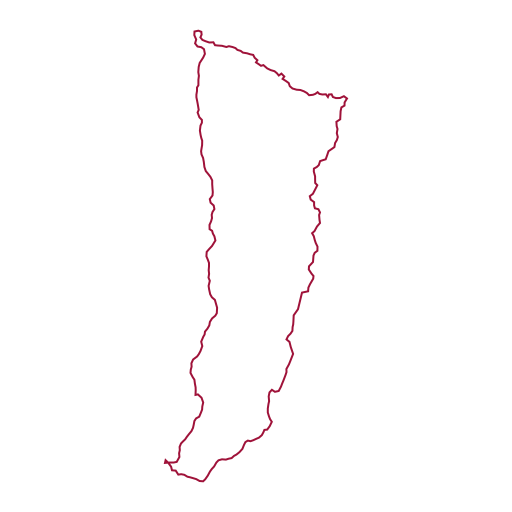 Junqueirópolis, São Paulo, Brazil (Albers equal-area conic projection)
{"feature_id": "56859067B37779616182498", "entity_name": "Junqueirópolis", "entity_type": "district", "adm_level": 2, "iso_a3": "BRA", "parent_name": "Brazil", "parent_adm1": "São Paulo", "projection": "albers", "projection_center": [-51.444, -21.463], "detail": "fine", "context": "isolated", "style": "outline", "palette": "rose", "viewbox_px": 512, "rotation_deg": 0, "n_neighbors": 0, "source": "geoboundaries", "source_scale": "gbopen_adm2", "svg_char_len": 3902}
<svg xmlns="http://www.w3.org/2000/svg" viewBox="0 0 512 512"><path d="M168.1,462.6L171.1,466.7L172.0,470.3L175.7,470.6L178.3,474.6L181.2,474.2L184.3,474.8L187.4,476.7L190.1,477.3L192.9,478.1L196.2,479.1L199.6,481.0L203.1,481.3L205.2,479.3L207.8,475.6L210.0,471.5L211.8,469.0L214.1,466.5L216.4,462.5L218.5,460.3L222.0,459.3L225.9,459.6L228.7,458.7L231.6,458.1L234.0,455.9L236.4,454.6L239.4,452.2L242.4,448.9L244.0,444.9L245.4,442.1L247.8,440.6L250.5,441.2L253.3,440.2L256.5,438.7L258.9,437.7L261.8,435.2L263.3,432.5L264.4,429.9L267.2,429.6L269.7,426.2L271.8,421.8L270.1,419.2L269.0,416.4L267.8,412.5L267.8,408.5L268.5,403.8L269.1,401.2L268.7,396.4L269.5,392.4L271.9,389.8L274.9,391.8L278.7,391.0L281.0,386.6L282.1,383.7L283.4,380.6L285.5,375.1L286.5,372.1L286.4,369.0L288.9,364.5L290.2,361.3L293.1,353.9L290.7,346.8L289.5,341.9L286.5,339.4L288.1,336.1L290.5,333.7L292.4,330.9L292.6,327.1L293.2,324.4L293.4,321.6L293.7,315.3L298.0,309.2L302.0,292.6L308.1,291.3L308.4,287.6L310.0,284.2L313.2,278.7L313.5,276.0L311.5,273.6L308.8,269.5L309.0,266.3L313.0,262.0L313.5,255.5L314.7,252.8L317.4,250.8L317.5,246.6L315.7,242.9L314.7,239.8L313.8,236.2L312.1,233.2L314.5,231.1L317.0,226.5L320.0,223.0L319.5,219.9L319.1,215.0L320.0,212.4L318.4,209.2L314.9,208.3L314.1,205.4L314.1,202.1L310.7,199.6L309.8,196.2L312.9,193.8L316.1,187.6L317.3,185.2L315.2,183.0L315.1,179.1L315.1,176.4L313.8,171.5L313.9,168.6L316.8,167.0L318.8,165.1L320.1,161.1L322.8,160.2L325.7,159.3L327.2,155.1L328.5,151.2L334.4,147.1L335.1,143.0L336.9,140.0L337.8,137.0L336.8,133.2L337.5,129.0L336.7,126.2L336.4,121.8L340.2,119.3L340.6,111.2L341.4,107.4L344.5,105.6L344.6,102.4L347.0,98.5L343.9,96.2L340.0,98.0L336.0,98.1L332.9,97.0L331.6,94.3L328.9,94.5L327.9,97.0L325.9,94.3L322.4,94.5L319.4,93.9L317.6,92.2L315.3,93.9L312.9,94.8L309.1,95.2L306.9,93.0L303.9,91.3L300.4,90.0L296.6,89.7L292.5,88.5L289.8,86.2L288.7,83.0L285.9,81.0L282.6,78.9L284.3,76.5L281.4,73.6L278.8,75.5L276.9,73.2L274.5,71.2L270.7,70.1L267.2,68.4L263.4,65.1L261.0,65.8L258.6,64.1L256.0,62.4L257.4,60.2L254.7,57.8L253.2,54.9L250.2,54.3L247.1,53.3L242.9,52.6L240.7,50.9L237.4,49.9L235.5,48.1L232.5,47.0L228.9,46.2L226.4,47.0L222.0,45.8L217.7,45.5L215.0,45.2L213.4,42.3L209.3,42.5L205.5,41.2L202.4,39.9L200.4,37.4L201.6,34.6L201.3,31.8L198.4,30.7L194.5,31.5L194.3,35.1L196.2,39.5L195.1,43.4L197.5,46.5L201.3,47.2L204.0,49.2L204.9,53.9L203.2,57.5L201.6,60.0L199.7,62.9L198.7,66.9L198.3,72.1L198.9,75.8L198.4,79.8L198.4,85.3L197.0,87.5L197.0,91.0L196.4,94.6L196.4,97.3L197.1,100.7L197.6,103.3L198.2,106.8L198.7,109.9L197.6,112.5L199.4,117.3L201.9,119.9L201.9,122.7L200.5,125.6L199.9,130.6L200.6,135.0L201.3,138.0L202.2,140.7L202.1,145.2L201.6,148.1L201.1,151.2L201.5,154.4L203.1,158.0L203.8,161.9L204.4,167.0L205.8,171.1L207.9,173.6L210.4,176.8L212.2,180.4L212.2,184.3L212.5,188.6L212.8,192.1L212.5,195.5L209.8,199.1L210.6,202.7L213.7,205.5L214.4,209.1L212.5,212.0L211.7,214.8L212.0,218.1L211.1,221.3L209.5,224.9L209.6,229.2L212.1,230.8L212.9,233.6L214.4,236.3L215.4,240.5L212.0,246.0L209.1,249.1L206.7,251.9L206.4,256.3L207.9,259.9L209.0,262.9L209.0,266.5L208.7,270.2L209.1,273.9L208.5,277.6L209.8,280.8L208.6,285.9L209.1,289.3L210.2,294.3L211.9,297.3L214.9,299.9L217.1,307.7L216.8,313.2L215.3,315.7L212.1,318.4L209.9,321.9L209.3,325.4L207.4,328.7L205.0,331.6L204.6,334.5L203.3,336.7L201.2,341.7L202.3,346.1L200.5,351.0L198.8,354.2L197.1,356.5L193.1,359.5L191.4,363.3L191.6,366.7L190.8,369.6L190.5,372.9L192.7,377.1L194.4,379.7L194.9,383.6L195.6,387.3L195.7,390.3L195.5,394.9L197.9,394.4L201.5,397.7L203.2,402.5L202.3,406.5L202.1,409.6L200.9,412.7L199.2,416.7L196.1,418.4L194.4,421.0L193.7,424.8L193.0,427.9L191.4,431.2L188.9,434.2L186.8,436.9L185.2,439.3L182.8,441.6L181.0,443.5L179.6,446.9L179.8,450.2L179.1,453.2L179.4,457.0L176.7,461.9L173.8,462.5L170.7,462.5L168.1,462.6ZM165.6,460.2L165.0,462.9L168.1,462.6L165.6,460.2Z" fill="none" stroke="#9f1239" stroke-width="2"/></svg>